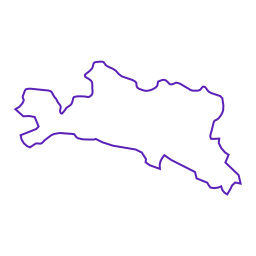 outline of Genova
{"feature_id": "ITA-5367", "entity_name": "Genova", "entity_type": "Province", "adm_level": 1, "iso_a3": "ITA", "parent_name": "Italy", "parent_adm1": "", "projection": "natural_earth1", "projection_center": [9.041, 44.45], "detail": "fine", "context": "isolated", "style": "outline", "palette": "violet", "viewbox_px": 256, "rotation_deg": 0, "n_neighbors": 0, "source": "natural_earth", "source_scale": "10m", "svg_char_len": 2482}
<svg xmlns="http://www.w3.org/2000/svg" viewBox="0 0 256 256"><path d="M227.2,194.4L224.4,192.6L222.4,190.0L221.1,186.3L218.5,187.5L214.3,188.1L210.5,187.6L208.8,185.4L207.3,182.7L196.6,178.4L195.0,172.0L171.5,160.1L164.3,155.2L162.2,158.0L160.6,161.0L159.7,164.5L159.9,168.9L149.7,165.2L145.6,162.3L146.0,159.1L141.8,152.5L135.6,149.5L113.0,145.7L102.2,142.2L95.7,138.9L93.7,139.6L83.3,139.4L78.2,138.3L76.5,137.3L74.1,134.1L59.6,133.0L54.0,134.0L51.2,135.3L44.7,140.2L42.4,142.7L40.9,143.6L39.2,143.6L37.3,143.4L35.6,143.6L30.1,147.3L27.2,146.2L23.9,143.3L21.6,139.6L20.6,135.2L36.3,129.0L38.6,126.5L34.7,117.0L29.2,116.0L23.3,116.3L15.4,109.2L19.4,106.8L21.0,105.0L22.8,102.7L23.2,101.8L23.6,100.9L23.7,99.9L23.4,99.0L23.0,98.1L22.7,97.2L22.8,96.3L23.1,95.3L23.9,93.4L24.2,92.4L25.0,90.5L25.5,89.7L26.3,89.1L28.1,88.8L30.6,88.7L48.2,90.5L50.0,91.0L51.2,91.6L51.9,92.3L52.3,93.2L53.2,95.0L54.2,96.7L56.1,98.9L57.4,101.5L58.5,103.2L60.2,105.4L60.6,106.3L60.7,107.4L60.1,110.5L60.1,111.6L60.4,112.5L60.9,113.2L61.6,113.6L62.1,113.5L62.7,112.9L64.8,110.3L66.0,108.4L66.6,107.7L69.9,105.5L70.7,104.8L71.3,104.1L71.8,103.2L72.2,102.3L73.3,98.0L73.8,97.2L75.5,96.6L78.1,96.3L83.7,96.4L88.2,97.0L89.5,96.7L91.3,95.4L92.1,94.2L92.5,92.9L92.6,91.7L92.5,90.5L92.3,88.2L92.3,84.4L92.2,83.2L91.9,82.2L91.5,81.3L90.9,80.5L88.6,78.8L85.9,77.3L85.2,76.7L84.9,75.8L85.0,75.0L85.5,74.2L89.4,71.2L91.8,68.7L92.1,68.3L92.5,67.5L93.5,63.8L93.8,63.2L94.3,62.6L95.6,62.1L100.4,61.6L102.3,61.7L103.7,62.2L105.7,65.1L107.0,66.0L108.8,67.0L112.5,68.6L115.6,70.5L118.8,74.1L121.9,76.4L132.7,80.1L135.0,81.4L136.3,82.8L136.5,85.2L136.7,86.3L137.1,87.2L137.7,87.9L138.6,88.5L139.8,89.1L142.8,90.2L145.9,90.9L147.3,90.8L150.7,90.1L152.8,89.2L155.6,87.6L157.3,85.7L158.1,81.6L160.8,80.5L163.0,79.8L164.4,79.9L165.8,80.4L167.6,81.9L169.4,83.9L170.4,84.3L171.7,84.4L173.6,83.8L175.8,82.7L177.6,82.9L180.2,83.8L189.2,89.1L190.0,89.7L191.4,90.3L193.3,90.7L197.2,90.7L199.2,90.3L200.4,89.6L202.2,87.3L202.9,86.7L203.9,86.6L205.3,87.2L207.8,90.7L209.3,92.0L211.3,93.1L220.1,96.0L222.4,98.3L222.5,99.4L223.4,105.5L223.1,110.5L222.5,112.2L221.6,114.2L219.2,117.7L217.6,119.1L216.2,120.0L215.2,120.3L214.5,120.9L213.9,121.8L213.6,122.7L211.5,131.2L210.8,133.4L210.5,134.8L210.3,136.5L210.7,138.1L211.2,138.9L214.1,138.9L219.3,138.6L218.7,142.9L221.2,148.0L225.0,152.4L228.6,154.8L225.4,162.5L238.6,175.1L240.6,183.6L235.2,182.5L232.1,185.4L229.9,190.0L227.2,194.4Z" fill="none" stroke="#5b21b6" stroke-width="2"/></svg>